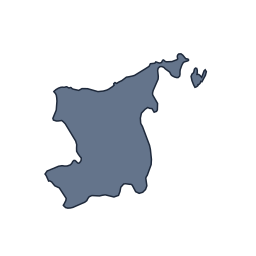 outline of Banten, rotated 156°
{"feature_id": "IDN-1226", "entity_name": "Banten", "entity_type": "Province", "adm_level": 1, "iso_a3": "IDN", "parent_name": "Indonesia", "parent_adm1": "", "projection": "mercator", "projection_center": [105.895, -6.442], "detail": "fine", "context": "isolated", "style": "filled", "palette": "slate", "viewbox_px": 256, "rotation_deg": 156, "n_neighbors": 0, "source": "natural_earth", "source_scale": "10m", "svg_char_len": 2637}
<svg xmlns="http://www.w3.org/2000/svg" viewBox="0 0 256 256"><g transform="rotate(156 128 128)"><path d="M181.0,191.4L180.7,191.6L178.1,192.4L175.3,192.7L172.8,192.5L171.3,192.0L170.3,191.4L169.3,191.0L167.7,190.8L167.1,190.5L166.0,188.9L165.4,188.5L163.8,188.3L163.4,187.7L163.2,186.9L162.6,186.1L161.9,185.5L157.7,182.4L154.0,182.7L149.0,180.4L140.7,173.5L135.6,171.8L132.2,171.3L130.0,171.3L127.7,171.7L125.4,172.1L123.4,172.7L123.0,174.3L121.4,174.8L120.2,173.3L118.0,173.7L114.4,173.8L110.9,174.6L108.8,175.1L106.6,174.5L102.9,173.7L100.6,173.4L88.4,175.0L83.7,175.7L81.4,177.6L77.2,176.3L75.7,177.1L74.0,175.5L72.8,174.5L70.7,174.2L70.3,174.6L69.3,175.4L68.2,175.9L67.7,175.4L67.4,174.6L66.9,173.7L66.2,173.0L65.6,172.7L60.8,170.8L55.6,170.5L54.5,170.9L54.0,173.1L53.4,174.0L52.5,174.7L51.5,175.0L49.4,174.2L48.3,172.2L47.1,167.9L45.5,166.8L44.9,166.1L45.2,165.2L46.0,165.0L49.9,165.5L51.5,164.9L53.5,163.3L56.6,160.0L57.7,158.1L58.6,156.0L59.7,154.4L61.7,153.7L63.1,154.3L64.7,155.6L66.0,157.2L66.8,158.4L67.1,159.9L67.1,161.1L67.2,162.2L69.9,166.8L70.5,168.6L72.0,170.3L74.0,171.1L76.2,170.3L77.6,168.3L79.3,162.9L80.6,160.4L89.7,152.1L91.4,149.9L92.0,148.1L91.0,138.4L93.8,132.6L95.2,131.6L97.7,131.8L98.2,136.0L100.2,137.1L101.6,138.7L104.7,138.2L109.7,136.1L112.7,132.0L114.5,127.1L114.2,123.3L115.4,103.4L116.3,99.2L119.4,89.7L121.8,85.1L129.7,76.9L130.9,76.2L132.1,75.1L134.3,67.5L137.0,64.7L140.7,63.3L144.4,63.8L146.9,66.7L147.4,74.1L148.2,75.4L149.4,75.9L152.9,78.1L154.8,78.6L158.7,76.8L161.2,73.2L164.1,70.3L168.9,70.7L176.0,76.2L178.8,77.0L181.6,77.5L188.5,81.0L191.4,81.0L193.4,79.9L195.2,78.4L197.6,77.8L210.7,77.9L213.2,78.4L215.6,79.3L217.3,80.6L218.2,82.5L218.5,83.8L218.0,84.0L214.3,87.0L213.1,88.8L215.1,101.2L218.4,105.0L219.7,109.8L221.0,111.5L222.1,111.8L222.1,117.8L222.5,119.7L219.4,121.6L207.0,121.3L203.6,120.4L201.2,118.9L198.9,118.0L195.6,117.8L193.7,118.6L192.2,119.8L190.8,120.4L189.7,120.0L188.9,118.5L188.4,116.9L187.7,116.0L186.5,115.9L185.6,116.4L184.0,117.4L182.9,119.7L183.5,121.7L184.1,124.5L184.4,127.6L183.2,130.5L181.6,133.7L181.1,137.5L183.6,157.4L184.6,160.1L185.5,161.8L189.2,162.9L190.7,163.6L192.9,165.6L192.7,167.4L186.3,173.5L182.0,181.4L180.9,184.4L180.2,187.0L180.2,188.6L180.5,189.9L181.0,191.4ZM50.3,137.9L50.5,140.8L50.3,145.3L49.4,149.5L47.5,151.3L45.5,151.9L43.4,154.7L42.0,155.3L41.0,154.5L41.2,152.6L42.2,150.4L43.2,148.9L41.8,148.3L41.0,147.1L40.1,144.3L35.2,149.3L33.8,149.8L33.5,147.6L35.8,144.7L41.6,140.2L42.5,141.0L43.4,139.9L44.7,139.2L45.9,138.9L46.4,139.1L46.8,138.3L47.8,138.0L49.0,137.8L50.3,137.9Z" fill="#64748b" stroke="#1e293b" stroke-width="1.5"/></g></svg>